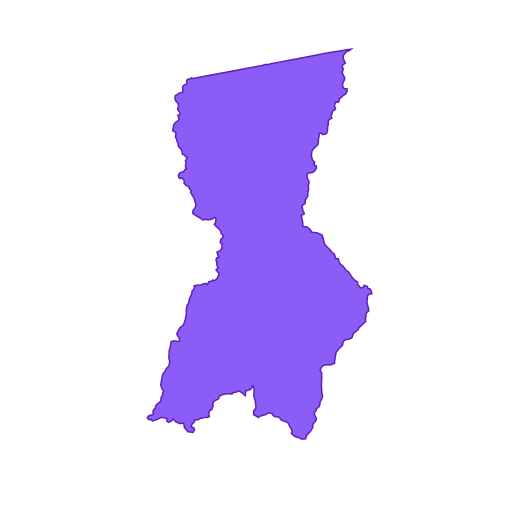 outline of Pau D'Arco, Pará, Brazil, rotated 253°
{"feature_id": "56859067B52334370836521", "entity_name": "Pau D'Arco", "entity_type": "district", "adm_level": 2, "iso_a3": "BRA", "parent_name": "Brazil", "parent_adm1": "Pará", "projection": "orthographic", "projection_center": [-50.157, -7.725], "detail": "fine", "context": "isolated", "style": "filled", "palette": "violet", "viewbox_px": 512, "rotation_deg": 253, "n_neighbors": 0, "source": "geoboundaries", "source_scale": "gbopen_adm2", "svg_char_len": 5716}
<svg xmlns="http://www.w3.org/2000/svg" viewBox="0 0 512 512"><g transform="rotate(253 256 256)"><path d="M66.7,250.1L68.9,251.3L70.4,253.2L72.1,256.4L73.5,258.1L75.5,260.2L78.5,261.2L80.0,263.3L81.1,265.2L82.7,266.2L84.7,266.0L86.4,265.5L89.2,266.0L90.4,268.1L92.3,269.1L92.9,271.0L93.8,272.6L95.3,273.5L98.0,274.9L100.3,277.2L102.4,278.7L104.9,278.9L107.4,279.2L109.3,279.9L113.1,280.6L116.6,281.9L118.4,282.5L121.1,283.5L125.0,284.6L127.9,283.8L129.5,285.2L131.2,287.1L131.7,289.6L131.1,292.3L130.0,295.6L130.4,299.8L133.1,300.7L140.4,304.4L141.8,306.4L143.4,308.6L145.2,312.6L148.0,313.9L149.3,315.6L149.8,317.5L149.3,320.3L149.8,323.9L153.5,326.4L154.6,329.4L155.7,332.2L157.2,333.3L158.1,335.2L158.9,336.9L160.2,339.3L161.2,341.7L163.6,342.2L165.5,343.1L167.3,343.9L169.3,344.7L170.5,347.8L173.3,348.3L176.9,348.4L179.6,348.6L181.6,349.6L183.6,350.3L185.8,351.3L186.4,354.1L186.2,355.9L188.8,355.9L191.2,355.4L192.2,353.5L194.3,353.6L196.3,350.8L194.5,349.3L195.2,346.3L197.0,345.9L198.9,344.9L201.5,345.5L202.9,344.2L204.4,343.1L206.9,341.8L209.9,340.9L213.5,340.0L215.5,338.2L217.2,337.6L220.4,336.4L223.4,334.4L226.0,333.7L229.5,333.9L230.2,331.4L234.8,331.5L236.9,330.0L240.0,328.7L242.0,327.6L244.1,326.5L246.5,325.2L250.2,325.1L253.5,325.4L256.8,325.3L258.3,323.5L260.0,321.6L261.5,318.5L262.4,316.2L264.8,315.8L267.3,314.4L268.9,313.2L269.6,311.5L270.5,309.4L273.9,310.4L278.6,310.9L281.8,311.0L281.9,314.2L283.7,314.6L285.7,314.1L290.7,314.7L291.9,318.3L295.2,319.5L296.5,321.1L298.0,323.0L300.7,323.7L302.8,324.9L305.3,326.1L308.0,326.5L310.0,327.9L312.2,328.5L314.1,328.0L317.0,327.9L319.4,328.9L319.9,331.3L319.5,333.5L319.4,335.4L320.5,337.4L322.4,339.5L324.5,340.0L326.5,337.9L328.3,339.5L331.7,338.1L335.2,338.2L338.3,339.3L340.7,340.7L342.3,343.3L344.3,347.6L346.4,348.8L349.5,349.9L351.8,351.1L354.6,352.4L354.7,354.2L352.6,355.3L352.3,357.7L353.0,359.7L355.2,361.1L358.2,362.1L360.8,363.7L363.8,364.5L365.2,366.1L365.6,368.8L368.7,368.6L369.5,370.2L372.2,371.4L372.6,373.7L373.6,375.2L376.1,374.8L378.0,375.7L379.8,377.1L378.9,379.4L380.0,380.8L381.8,381.4L382.7,383.9L383.8,385.8L384.6,388.9L386.8,391.2L389.2,392.0L390.1,389.4L392.7,388.3L396.0,389.6L397.8,391.4L400.2,392.9L404.0,392.4L406.1,392.0L407.8,393.1L409.7,394.3L411.5,393.4L413.4,395.0L414.3,397.8L417.8,397.3L420.6,397.3L422.9,398.9L425.2,402.6L425.0,404.9L426.0,407.4L429.3,383.9L429.6,381.3L430.6,371.4L434.9,331.7L435.6,325.9L435.4,323.8L436.2,321.9L436.5,320.0L436.3,318.1L437.1,311.3L438.4,299.8L443.9,250.9L443.9,248.3L445.3,246.3L444.6,244.3L445.0,242.2L444.0,240.8L441.3,240.7L440.6,238.9L440.3,236.4L438.9,235.1L436.3,234.7L434.3,233.8L434.0,231.6L434.2,229.5L433.2,227.8L433.1,225.8L430.8,224.6L428.1,224.5L424.5,226.1L422.6,226.0L419.0,223.9L414.8,225.2L413.2,224.3L413.5,222.4L409.2,222.6L408.1,220.9L407.5,218.6L406.0,216.2L400.2,212.9L398.8,214.5L396.5,215.4L394.7,214.3L392.8,213.7L391.0,214.4L388.7,214.0L386.5,214.4L384.0,213.8L382.3,214.3L380.7,215.3L378.8,215.7L376.7,215.7L374.7,215.4L373.4,217.3L371.5,217.6L370.5,219.2L368.7,217.7L367.5,216.2L365.6,216.3L363.7,215.3L361.8,214.6L359.9,215.1L359.4,213.3L357.8,211.5L358.0,209.2L357.6,207.2L356.0,205.4L353.8,205.1L352.2,206.1L352.2,208.2L350.3,209.0L348.4,209.5L346.9,208.5L344.8,209.2L343.3,210.3L341.9,212.0L339.6,212.0L337.8,213.3L335.8,212.0L334.1,212.6L332.2,212.9L329.5,213.7L327.7,213.6L325.3,213.6L322.4,213.6L319.8,211.7L317.9,209.0L315.4,208.0L312.8,209.8L308.5,213.8L306.0,215.7L305.9,218.3L304.7,220.4L304.2,223.1L304.2,225.4L305.0,227.3L303.6,228.7L299.9,227.2L298.5,225.4L296.4,226.3L293.3,228.2L291.0,229.4L287.4,229.4L285.3,230.7L282.8,229.0L282.2,227.2L279.4,225.7L277.7,226.8L274.9,226.4L272.5,224.7L271.4,222.9L271.2,219.9L267.9,219.7L265.5,220.1L265.8,218.0L264.1,216.6L261.5,216.7L259.1,216.0L255.6,216.1L254.4,213.7L250.0,215.6L248.1,214.2L245.7,212.0L244.5,209.3L245.7,207.7L244.8,205.8L245.3,203.5L242.9,201.2L244.5,199.8L244.8,197.0L244.2,194.6L245.3,191.7L245.6,188.1L243.8,188.0L242.1,186.4L241.4,184.8L238.2,183.2L235.3,180.4L230.4,177.6L228.8,175.6L226.1,174.1L223.5,173.1L221.2,172.6L215.6,169.6L213.3,167.9L211.9,166.9L210.6,165.1L209.9,162.8L206.9,159.4L204.6,157.4L202.5,157.8L199.7,158.6L197.3,158.4L197.0,156.2L198.2,154.2L199.1,151.9L198.8,149.7L196.7,148.8L192.7,146.7L191.2,145.4L187.2,144.1L185.2,143.2L182.7,142.7L180.5,142.7L178.4,141.7L176.5,140.8L174.8,137.8L173.6,136.4L171.9,134.9L170.5,132.6L167.5,130.7L160.5,127.2L156.5,127.2L153.8,128.3L152.1,126.6L150.1,126.0L148.8,124.1L145.0,122.5L142.9,117.3L141.5,116.0L139.8,115.1L139.0,113.3L137.2,111.8L135.3,112.2L134.4,110.0L134.7,108.0L134.2,105.9L132.8,104.6L130.9,105.6L130.5,107.4L128.6,108.7L128.6,112.3L128.7,114.3L129.0,116.6L129.5,118.5L128.3,120.2L127.5,122.0L126.5,123.4L123.8,122.5L122.5,123.9L123.0,127.0L124.5,129.1L120.8,130.8L118.1,134.1L117.2,138.0L113.0,137.4L109.8,138.6L107.8,139.6L105.7,144.2L107.8,146.4L109.9,146.3L111.5,144.3L113.3,144.9L115.5,148.6L117.2,149.3L116.3,152.6L117.0,155.3L116.6,158.2L116.8,160.3L115.7,162.3L116.2,164.5L119.4,164.7L121.7,166.6L122.2,168.9L125.4,171.2L127.7,171.5L129.7,173.7L130.0,176.5L130.4,178.4L132.6,180.0L133.3,183.0L133.0,186.5L132.2,190.1L131.0,192.5L132.0,194.3L131.6,197.5L132.0,200.4L128.9,202.9L125.5,204.9L130.2,206.7L129.8,208.8L130.2,212.2L132.6,215.1L129.8,215.4L126.9,214.6L123.9,213.3L120.8,212.8L118.1,213.0L115.3,212.4L112.3,212.1L110.4,211.2L108.5,208.4L104.8,207.4L103.5,208.8L101.1,210.8L101.7,214.4L101.5,218.8L102.4,221.1L101.7,223.8L100.4,225.4L98.5,225.8L96.9,227.0L95.3,230.7L91.6,232.4L89.6,234.9L88.1,237.0L86.4,238.1L83.2,238.4L80.7,239.1L77.9,239.4L76.3,238.0L73.5,239.2L71.2,241.3L70.1,243.4L67.4,246.4L66.7,250.1Z" fill="#8b5cf6" stroke="#5b21b6" stroke-width="1.5"/></g></svg>